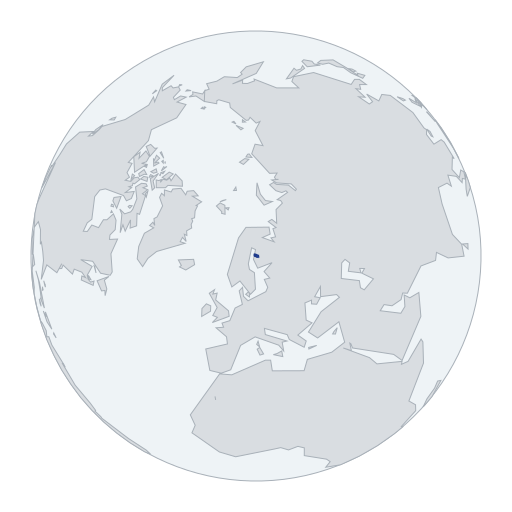 the Earth from above Central Ostrobothnia, rotated 330°
{"feature_id": "FIN-3181", "entity_name": "Central Ostrobothnia", "entity_type": "Province", "adm_level": 1, "iso_a3": "FIN", "parent_name": "Finland", "parent_adm1": "", "projection": "orthographic", "projection_center": [23.72, 63.644], "detail": "fine", "context": "on_globe", "style": "filled", "palette": "blue", "viewbox_px": 512, "rotation_deg": 330, "n_neighbors": 0, "source": "natural_earth", "source_scale": "10m", "svg_char_len": 11752}
<svg xmlns="http://www.w3.org/2000/svg" viewBox="0 0 512 512"><g transform="rotate(330 256 256)"><circle cx="256" cy="256" r="225" fill="#eef3f6" stroke="#a8b0b8"/><path d="M36.1,207.2L37.9,200.3L39.4,194.7L39.7,192.9L46.7,172.8L51.6,161.9L85.7,108.7L91.9,101.9L96.3,98.3L129.1,74.8L104.9,89.7L113.6,82.5L124.6,75.1L123.3,76.7L137.2,69.9L147.9,64.2L165.3,60.6L177.3,66.8L170.9,68.4L174.6,70.0L182.8,68.3L187.4,66.8L211.0,72.4L238.5,71.7L246.8,67.0L245.3,71.8L260.7,60.3L275.4,58.5L259.0,63.4L257.5,66.1L267.6,66.1L268.2,69.0L273.5,70.8L273.3,74.4L263.8,77.3L263.5,79.8L270.7,79.7L275.0,83.5L264.6,83.2L271.1,89.8L256.4,96.7L228.6,94.3L220.5,102.3L192.2,111.1L195.0,113.8L186.0,119.3L185.8,124.5L180.6,125.0L184.9,128.8L189.7,127.4L193.2,128.7L193.5,131.7L186.9,132.7L185.8,131.4L184.1,133.3L180.6,132.5L182.5,134.6L174.5,135.7L182.8,139.2L176.8,143.9L171.4,143.4L171.5,137.4L159.2,122.6L153.8,120.8L146.0,123.9L132.2,142.1L126.4,142.9L118.8,148.2L122.2,150.4L129.3,147.1L133.8,152.7L142.0,148.3L145.0,150.1L153.6,148.2L152.7,155.0L147.2,162.8L140.0,164.8L137.4,168.4L144.6,172.1L131.5,181.5L123.5,197.9L120.1,199.8L112.8,193.2L111.9,178.9L102.4,171.5L108.9,183.1L100.3,188.2L99.0,192.0L99.7,195.9L103.2,196.7L100.3,200.0L92.7,189.4L95.2,186.2L97.6,189.5L97.1,183.0L92.0,176.5L88.0,179.9L84.4,167.4L81.5,169.7L79.1,168.5L84.0,165.5L75.2,170.9L70.4,159.1L58.3,168.9L69.7,153.7L73.6,145.5L77.1,136.7L75.1,138.0L82.6,125.3L84.7,117.4L78.6,120.1L70.6,129.3L63.0,142.5L63.9,143.5L60.1,152.7L56.0,153.9L48.3,172.3L45.2,177.1L42.0,185.6L39.8,193.5L37.0,204.4L37.4,207.1L37.0,215.7L34.5,221.4L36.2,222.3L34.7,231.1L35.3,252.6L34.6,252.2L34.8,277.5L38.9,300.6L39.9,309.6L39.0,309.8L41.3,317.6L41.4,319.5L54.3,350.3L63.9,369.2L65.6,374.8L61.6,369.8L53.6,355.0L46.8,339.6L41.1,323.7L36.7,307.5L33.4,291.0L31.5,274.2L30.7,257.4L31.3,240.6L33.0,223.8L36.1,207.2ZM55.2,170.8L46.7,195.3L48.3,184.3L48.6,185.7L51.5,178.8L55.7,167.7L58.0,158.7L55.2,170.8ZM58.6,175.1L59.8,171.3L59.1,174.7L58.6,175.1ZM189.3,65.7L182.9,68.0L175.2,68.6L180.4,66.4L189.3,65.7ZM204.0,65.7L201.2,67.3L197.4,64.9L200.2,64.7L204.0,65.7ZM252.6,63.2L247.3,63.7L252.2,62.2L252.6,63.2ZM274.2,70.4L275.5,69.4L277.7,70.8L274.2,70.4ZM153.5,144.6L153.5,146.4L151.9,145.8L153.5,144.6ZM157.2,142.2L155.3,140.3L156.8,138.9L157.9,140.1L157.2,142.2ZM279.5,77.6L282.5,80.3L277.8,78.1L279.5,77.6ZM159.2,145.0L159.6,136.7L162.3,134.3L168.8,137.0L159.2,145.0ZM283.2,82.2L290.8,89.0L294.3,87.2L288.5,96.3L284.0,87.4L277.6,84.8L282.2,84.5L283.2,82.2ZM191.1,125.7L186.0,127.3L189.9,123.2L191.1,125.7ZM192.7,122.7L199.8,108.9L207.5,108.2L203.5,112.9L213.2,110.0L213.5,116.5L208.2,119.6L203.2,118.6L207.1,121.9L192.7,122.7ZM284.1,100.4L284.5,102.6L282.3,100.9L284.1,100.4ZM194.9,128.9L195.6,126.0L202.3,125.2L202.1,130.8L200.0,129.3L194.9,128.9ZM215.7,106.2L220.6,106.7L222.1,112.1L224.3,113.1L214.2,116.6L215.7,106.2ZM198.6,131.0L201.7,133.7L198.9,136.9L194.6,131.6L198.6,131.0ZM204.2,122.7L207.3,122.7L205.5,124.5L204.2,122.7ZM190.5,150.1L191.2,146.5L194.8,145.8L190.5,150.1ZM203.1,134.5L204.1,133.4L205.5,132.8L207.0,135.2L203.1,134.5ZM216.0,120.2L215.6,122.4L220.2,119.0L221.5,123.1L214.5,124.8L218.1,125.7L218.5,127.0L212.4,127.0L216.0,120.2ZM212.9,135.7L204.4,139.6L202.3,146.3L199.0,147.1L203.1,136.2L212.9,135.7ZM213.1,130.6L212.2,133.9L208.7,133.1L207.1,130.4L213.1,130.6ZM225.0,125.3L224.7,118.6L226.2,118.5L225.0,125.3ZM212.9,137.8L215.0,136.9L213.2,138.4L212.9,137.8ZM222.1,129.2L221.7,126.9L223.5,126.8L222.1,129.2ZM219.3,137.0L216.5,138.2L215.4,136.3L219.3,137.0ZM221.1,133.6L223.6,134.0L216.6,134.9L220.7,132.5L221.1,133.6ZM223.8,129.5L224.7,128.7L223.6,130.6L223.8,129.5ZM225.3,143.6L216.7,145.2L214.1,141.0L222.8,140.0L225.3,143.6ZM224.8,479.1L210.8,473.8L217.4,471.2L215.5,467.2L198.0,453.0L201.9,446.3L197.1,441.8L187.2,440.2L181.6,434.3L175.6,432.4L138.0,419.7L126.3,407.4L112.1,377.1L118.7,372.2L119.7,360.7L165.6,339.9L175.6,346.8L212.0,350.9L216.6,353.5L212.7,363.6L240.3,379.4L248.8,371.2L273.5,377.2L289.7,375.0L294.9,354.4L268.4,357.8L263.4,348.1L284.5,336.8L307.6,333.5L306.5,329.7L291.6,323.5L296.6,314.6L286.4,320.6L290.7,324.2L284.4,328.1L280.1,325.2L282.0,322.0L274.9,321.1L267.4,336.6L271.1,341.9L252.7,345.4L257.0,354.7L252.1,359.1L243.1,345.0L243.7,339.7L227.1,322.9L224.8,328.7L240.3,345.1L235.6,343.7L232.5,352.1L231.1,344.6L214.8,325.6L198.0,325.7L177.2,341.9L167.3,340.1L158.8,332.0L166.0,311.4L187.3,317.9L190.1,311.2L185.5,298.2L192.3,301.5L193.0,297.1L201.0,298.9L211.9,290.6L220.0,291.1L224.0,277.8L228.7,276.4L225.0,284.6L226.7,290.8L246.7,291.8L250.5,289.0L251.5,280.4L256.9,282.0L255.2,273.5L266.6,269.8L251.4,267.4L252.1,257.7L258.8,250.2L256.3,246.7L245.4,259.0L243.6,264.4L246.3,269.6L238.9,284.5L232.1,286.4L229.6,269.6L219.6,270.7L222.0,257.6L249.9,231.6L261.6,226.2L281.7,237.5L279.2,244.1L270.7,243.2L278.8,252.8L278.0,247.8L282.5,249.2L284.3,240.8L287.6,241.4L283.8,232.3L288.0,232.2L290.3,238.0L296.6,225.8L305.3,223.4L305.1,220.3L302.5,217.8L315.2,216.7L314.5,214.5L310.1,214.0L305.9,209.4L303.4,201.1L308.0,201.1L309.5,204.2L319.5,210.8L322.8,219.1L324.4,218.3L322.6,211.2L310.4,203.0L307.6,198.0L313.8,200.9L311.4,199.5L311.4,197.0L315.7,194.7L309.1,191.2L303.4,165.3L311.1,158.7L317.2,163.9L318.0,147.0L326.7,141.5L322.6,141.0L320.2,132.9L317.5,134.5L315.3,133.6L308.0,114.5L309.7,110.3L301.9,102.1L299.8,101.9L298.1,104.5L288.5,96.3L294.3,87.2L298.8,88.1L299.4,82.1L309.5,85.0L318.2,84.9L329.0,92.1L334.9,91.6L334.4,89.4L342.1,87.3L359.5,91.5L347.5,98.0L321.7,95.2L332.4,97.0L330.6,99.7L334.8,102.3L342.3,103.6L342.8,101.8L357.9,120.7L377.1,131.8L374.3,122.8L378.2,119.5L397.6,125.9L424.2,155.0L429.7,152.3L433.8,154.7L437.3,162.7L431.4,159.3L430.0,164.0L426.2,161.0L429.9,173.1L424.5,169.4L430.1,181.0L434.1,180.7L432.8,171.1L439.9,183.1L445.7,179.0L452.6,184.1L463.6,210.2L465.5,229.1L466.9,232.0L464.4,236.0L466.0,248.1L474.5,247.8L475.9,251.4L476.3,270.8L475.4,268.7L469.0,279.1L471.3,289.8L476.3,283.9L478.1,287.0L475.8,294.2L473.5,292.0L471.2,295.5L469.3,287.2L462.6,281.9L460.1,293.2L457.8,288.4L448.2,287.9L443.2,303.9L436.9,335.5L440.0,348.7L436.1,360.2L421.4,353.7L414.1,343.1L409.3,349.6L393.9,347.1L368.5,363.9L364.5,361.4L359.8,366.3L348.9,367.1L342.6,362.1L336.2,365.5L352.8,378.0L359.7,374.2L364.8,363.8L368.3,369.1L378.8,369.0L368.6,390.7L330.3,419.5L326.0,410.0L293.6,383.9L294.3,379.5L294.1,379.1L293.7,378.3L291.3,385.6L285.6,379.3L303.5,400.8L306.8,409.9L329.8,420.3L327.8,422.5L335.0,423.3L357.4,410.5L357.6,413.8L347.5,432.5L315.9,458.0L319.8,464.6L317.0,469.8L296.7,476.3L297.8,477.3L287.2,479.1L266.3,481.0L245.5,481.0L224.8,479.1ZM150.3,357.1L149.1,360.5L150.3,357.1ZM332.8,339.4L346.3,334.5L339.1,323.8L343.7,321.1L339.6,318.6L338.5,323.1L328.3,315.4L333.7,308.8L331.4,303.4L326.8,304.8L318.6,318.1L333.2,329.0L330.6,335.7L332.8,339.4ZM35.4,253.2L35.2,257.0L34.8,253.5L35.4,253.2ZM46.9,184.7L45.9,189.1L44.8,192.2L45.3,189.1L46.9,184.7ZM42.4,221.5L42.0,227.0L41.7,222.2L42.4,221.5ZM45.7,199.1L42.6,217.3L42.1,208.6L44.3,197.3L43.8,203.8L45.7,199.1ZM55.7,175.8L54.7,178.9L53.9,178.9L55.7,175.8ZM58.1,177.7L58.2,176.7L59.4,174.7L58.1,177.7ZM100.7,188.8L101.2,189.7L101.2,193.9L99.7,192.4L100.7,188.8ZM110.3,210.0L105.5,214.9L107.9,210.3L104.8,209.0L106.0,198.0L118.5,200.2L112.6,201.1L110.3,210.0ZM111.2,184.2L109.0,190.7L110.9,183.5L111.2,184.2ZM189.1,272.6L191.9,276.5L189.0,281.1L178.7,281.2L182.9,274.5L189.1,272.6ZM196.6,281.2L196.9,264.9L203.3,264.4L199.6,267.4L203.8,268.7L199.1,273.9L204.8,289.7L202.6,294.8L184.9,291.8L191.9,289.8L188.8,285.9L196.6,281.2ZM186.6,226.9L186.8,220.6L200.3,227.7L198.5,232.8L188.2,233.0L184.3,227.2L186.6,226.9ZM170.6,151.6L169.9,149.3L171.7,148.9L173.8,150.6L170.6,151.6ZM190.5,148.5L176.0,161.7L174.3,159.6L167.7,170.2L160.9,168.9L165.4,162.0L155.1,169.1L156.4,162.4L150.0,167.9L160.7,152.8L161.5,147.2L163.3,153.8L169.5,155.1L172.5,154.0L181.4,146.9L186.2,136.0L193.2,135.8L196.9,138.5L196.8,141.1L192.3,140.4L195.4,144.4L188.8,145.3L190.5,148.5ZM236.0,175.0L230.8,172.4L236.0,181.9L229.4,182.3L230.4,183.4L225.8,186.5L221.9,192.2L218.9,191.5L218.7,194.1L215.6,196.3L214.3,199.6L208.5,199.5L206.4,203.7L204.8,201.3L202.8,208.5L201.6,203.1L197.5,205.7L200.9,209.5L172.2,202.4L161.2,204.0L152.5,208.5L151.7,199.1L159.2,189.1L170.7,180.5L181.5,180.5L179.1,176.4L183.6,175.2L183.6,178.9L186.3,172.6L189.9,172.7L200.2,165.9L201.8,157.0L205.6,154.5L206.8,158.0L209.7,153.0L214.5,158.1L217.4,156.4L224.9,159.9L225.7,167.9L228.8,165.5L234.7,168.2L236.0,175.0ZM227.3,144.8L229.6,154.0L227.2,158.8L215.0,150.8L211.8,151.6L203.8,147.0L207.6,140.2L209.5,142.1L212.2,142.4L210.0,144.4L213.8,143.0L216.6,145.7L220.3,145.4L220.0,148.4L227.3,144.8ZM221.7,350.1L225.3,351.0L230.8,351.1L228.9,356.5L221.7,350.1ZM210.4,337.3L213.5,337.1L213.6,344.6L209.9,343.8L210.4,337.3ZM215.2,330.8L213.7,336.5L212.4,332.9L215.2,330.8ZM227.9,284.0L231.3,283.3L231.7,285.4L229.8,288.2L227.9,284.0ZM250.1,204.4L247.5,201.8L248.5,200.6L246.7,192.9L251.4,192.1L254.4,196.5L250.1,204.4ZM290.5,358.7L285.8,363.3L283.4,361.8L285.5,360.5L290.5,358.7ZM255.9,361.5L263.9,363.8L255.3,363.0L255.9,361.5ZM254.9,202.2L253.7,199.1L256.8,200.7L254.9,202.2ZM254.8,191.2L258.5,192.3L251.8,191.1L254.8,191.2ZM326.9,469.8L325.8,469.9L332.6,465.2L344.6,459.7L350.8,455.1L353.9,456.2L338.0,465.8L326.9,469.8ZM477.4,297.6L475.8,303.9L468.8,310.0L471.4,303.1L477.9,290.5L477.6,293.3L479.0,288.0L478.8,289.6L477.4,297.6ZM480.6,273.0L480.5,272.1L480.6,266.8L480.9,261.7L479.2,232.0L479.3,227.4L480.5,237.7L480.5,236.9L481.3,254.9L480.6,273.0ZM440.9,348.9L445.7,351.2L443.1,356.0L440.9,348.9ZM476.3,217.0L478.5,229.4L475.7,216.3L476.3,217.0ZM473.3,207.3L474.3,209.0L473.6,210.1L473.3,207.3ZM469.0,235.2L468.8,241.2L467.7,239.7L467.3,231.4L469.0,235.2ZM457.8,188.6L461.9,193.1L463.3,195.7L461.2,195.4L457.8,188.6ZM293.5,193.1L290.7,204.6L291.9,212.7L297.4,217.0L288.4,216.0L286.7,203.5L293.5,193.1ZM301.7,168.6L296.8,165.2L299.6,163.7L301.1,164.2L301.7,168.6ZM298.2,168.7L290.9,170.4L288.6,166.5L294.9,166.0L298.2,168.7ZM273.0,186.2L271.8,189.5L269.3,188.1L273.0,186.2ZM475.6,205.7L475.9,208.0L477.2,214.9L473.4,198.7L473.9,199.1L475.4,204.7L475.6,205.7ZM474.1,202.8L475.5,209.2L473.4,200.9L474.1,202.8ZM475.2,209.3L474.2,207.3L473.7,203.6L475.2,209.3ZM473.6,200.2L471.5,195.0L472.2,195.4L473.6,200.2ZM471.5,203.5L472.3,198.9L473.1,208.5L468.0,200.9L467.3,195.9L471.5,203.5ZM434.9,145.8L432.2,145.0L430.1,140.2L432.6,142.1L434.9,145.8ZM420.8,124.7L428.7,138.7L434.6,150.5L435.1,148.3L440.6,154.0L437.3,155.5L429.7,144.7L426.0,136.5L420.9,132.6L415.5,125.3L409.6,123.3L405.7,119.6L409.9,119.0L420.8,124.7ZM407.2,122.9L395.0,117.7L393.1,110.4L395.4,109.9L401.8,115.3L402.4,118.8L407.2,122.9ZM391.5,114.4L391.9,117.8L374.9,119.2L370.9,117.8L382.8,112.4L383.9,115.4L388.4,116.5L391.5,114.4ZM286.8,102.1L284.7,102.6L285.8,100.9L286.8,102.1ZM313.9,134.7L311.1,133.3L312.4,131.2L313.9,134.7ZM304.2,128.3L304.7,131.6L302.3,128.1L304.2,128.3ZM306.0,139.2L304.0,132.9L308.7,139.0L306.0,139.2Z" fill="#d9dde1" stroke="#a8b0b8" stroke-width="1"/><path d="M254.7,255.4L254.8,255.2L255.0,255.2L255.3,255.0L255.3,254.9L255.4,255.0L255.4,254.9L255.5,254.9L255.4,254.8L255.4,254.7L255.4,254.4L255.5,254.4L255.6,254.5L255.6,254.4L255.7,254.5L255.8,254.5L255.8,254.4L255.7,254.2L255.8,254.2L256.0,253.9L256.3,254.2L256.5,254.3L256.7,254.5L256.7,254.8L256.8,254.8L256.9,255.0L257.0,255.1L257.3,255.3L257.5,255.8L257.8,256.1L258.2,256.6L258.3,256.7L258.1,256.9L257.9,257.0L257.9,257.3L257.9,257.5L257.8,257.8L257.8,258.0L257.5,257.9L257.4,257.9L257.1,258.1L256.9,257.9L256.7,257.6L256.3,257.4L256.2,257.4L256.0,257.2L255.9,256.9L255.9,256.5L255.9,256.4L255.7,256.2L255.6,255.9L255.6,256.0L255.8,256.0L256.0,255.9L255.8,255.6L255.6,255.5L255.4,255.6L255.2,255.7L254.8,255.4L254.8,255.5L254.7,255.4L254.7,255.4Z" fill="#3b82f6" stroke="#1e3a8a" stroke-width="1.5"/></g></svg>